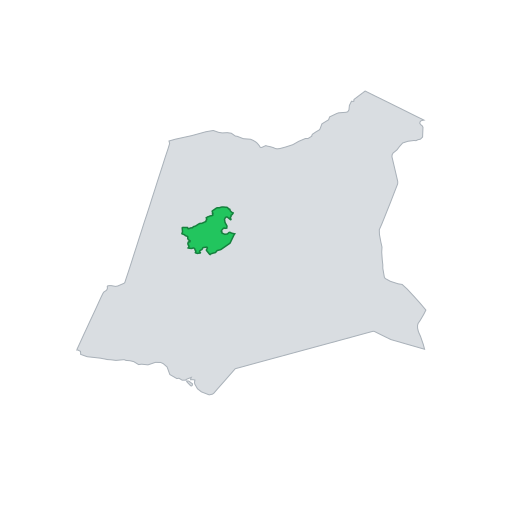 where Central sits in Kenya, rotated 75°
{"feature_id": "KEN-1195", "entity_name": "Central", "entity_type": "Province", "adm_level": 1, "iso_a3": "KEN", "parent_name": "Kenya", "parent_adm1": "", "projection": "natural_earth1", "projection_center": [36.807, -0.59], "detail": "fine", "context": "in_parent", "style": "filled", "palette": "green", "viewbox_px": 512, "rotation_deg": 75, "n_neighbors": 0, "source": "natural_earth", "source_scale": "10m", "svg_char_len": 6613}
<svg xmlns="http://www.w3.org/2000/svg" viewBox="0 0 512 512"><g transform="rotate(75 256 256)"><path d="M122.4,310.3L122.3,303.7L123.1,286.9L123.0,272.2L123.7,264.8L126.9,260.1L128.4,256.7L129.4,251.9L131.0,248.1L134.8,244.9L135.5,243.2L139.4,237.9L141.8,231.1L143.6,228.8L145.8,226.7L147.4,225.6L150.0,224.4L152.0,223.8L152.4,223.3L152.6,222.2L151.9,218.0L152.8,216.6L154.2,213.8L155.8,211.2L157.2,209.5L158.0,207.8L158.4,204.9L158.4,202.8L158.4,199.3L158.0,191.6L156.3,185.1L155.3,177.8L156.0,175.4L154.7,171.1L154.0,170.9L153.0,170.0L151.6,165.9L150.6,162.3L149.9,161.3L145.4,158.1L143.2,150.6L140.7,148.9L139.3,141.4L139.1,139.2L140.5,131.7L140.4,130.0L138.9,128.4L134.7,126.8L131.2,123.7L131.7,122.6L131.9,121.5L130.1,120.8L124.9,107.9L131.7,100.2L138.5,92.4L147.2,82.5L155.2,73.4L162.1,65.6L168.2,58.6L168.1,59.9L168.1,61.7L168.9,62.8L170.1,63.5L171.9,62.8L173.4,61.7L174.9,61.4L184.2,64.3L185.7,66.9L185.6,69.6L186.0,71.6L185.3,73.6L184.5,79.6L184.8,85.1L187.5,89.2L190.0,92.4L192.0,96.9L193.4,98.3L195.4,99.0L201.8,99.2L211.2,99.5L220.3,99.8L221.1,99.9L223.0,100.5L231.3,106.6L239.0,112.2L245.4,117.0L251.7,121.7L257.8,126.3L262.5,130.1L267.2,131.2L274.8,131.8L280.0,132.0L284.9,133.6L292.1,135.0L297.4,135.8L300.7,136.7L309.7,137.5L311.2,137.0L315.2,132.8L319.6,126.0L321.3,122.2L327.1,118.5L337.2,113.2L344.3,109.6L352.2,105.9L355.8,109.1L360.8,114.2L363.0,116.8L364.8,117.9L367.5,118.6L370.8,118.7L372.6,118.5L376.2,117.9L384.8,117.3L389.7,117.3L385.6,124.1L380.7,132.3L371.6,147.4L364.7,155.3L359.4,161.3L359.0,162.4L359.0,169.1L359.1,185.4L359.2,218.1L359.3,250.8L359.4,283.4L359.5,299.8L359.5,305.2L364.1,312.1L368.6,318.8L374.5,327.7L377.7,332.4L378.2,334.0L378.0,337.2L373.1,343.9L369.1,346.9L363.8,348.3L362.1,348.1L360.0,347.1L359.2,348.7L358.6,351.2L357.4,350.7L356.5,349.9L357.0,354.4L357.6,356.5L356.8,359.5L354.1,362.1L353.9,364.2L348.2,369.9L340.2,370.6L336.0,373.4L334.1,375.7L332.7,380.8L333.2,388.5L330.9,394.5L330.5,397.5L326.4,401.4L324.5,404.9L323.2,408.6L322.0,410.2L320.6,418.3L318.6,423.2L318.1,424.8L317.6,426.3L316.1,429.2L315.2,431.2L314.5,432.5L309.6,445.1L305.7,450.8L302.7,450.2L300.7,452.4L300.5,453.4L299.5,452.8L297.0,450.7L291.8,446.4L286.7,442.2L281.6,437.9L276.4,433.6L271.3,429.3L266.2,425.0L261.0,420.7L255.9,416.5L252.9,413.9L251.5,412.5L250.5,409.5L250.0,408.8L248.6,407.8L247.0,407.6L246.5,407.1L246.6,405.6L247.1,403.6L249.0,399.6L249.2,397.3L248.8,394.7L248.2,390.5L247.7,389.6L244.3,387.4L237.2,382.7L230.1,378.1L222.9,373.5L215.8,368.9L208.6,364.3L201.5,359.7L194.3,355.1L187.2,350.4L180.1,345.8L172.9,341.2L165.8,336.6L158.6,332.0L151.5,327.4L144.4,322.8L137.2,318.2L130.1,313.5L127.4,311.8L125.0,310.3L122.4,310.3ZM360.0,355.2L358.7,355.5L359.4,353.3L363.1,350.4L364.5,351.1L364.8,351.7L364.8,352.3L364.1,352.9L360.0,355.2Z" fill="#d9dde1" stroke="#a8b0b8" stroke-width="1"/><path d="M229.1,270.8L229.8,271.7L236.8,277.7L237.0,278.1L240.6,288.1L240.7,288.7L240.7,291.7L240.7,292.0L240.8,292.3L241.9,293.8L242.2,294.4L242.2,295.4L242.1,295.7L242.2,298.5L242.3,298.9L242.4,299.6L242.5,299.7L242.6,299.9L242.7,300.0L242.3,300.4L237.8,302.4L237.6,302.4L237.4,302.4L237.2,302.3L236.6,301.7L236.1,301.2L235.8,301.0L235.7,300.9L235.4,300.9L235.1,300.9L234.8,301.1L234.7,301.2L234.6,301.4L234.6,301.7L234.2,304.5L234.2,304.9L234.3,305.2L235.6,306.4L235.7,306.5L235.8,306.7L235.8,306.9L236.2,308.4L236.5,309.1L236.7,309.3L236.9,309.4L237.0,309.4L237.4,309.3L237.6,309.3L238.1,308.9L238.3,308.8L238.5,308.9L238.6,309.0L238.7,309.5L238.6,309.8L238.5,310.2L238.4,311.0L238.4,311.8L237.5,313.3L237.1,313.7L236.9,313.7L235.9,312.9L235.7,312.8L235.2,312.9L235.0,313.0L234.7,313.2L234.5,313.3L234.2,313.3L233.8,313.3L233.6,313.3L233.4,313.3L233.2,313.3L232.4,313.8L232.2,314.1L232.1,314.3L232.0,314.6L232.0,315.1L232.1,315.7L232.1,316.0L231.7,317.3L231.0,318.9L230.6,319.5L230.1,318.8L229.7,318.5L229.3,318.2L228.3,318.4L227.9,318.6L227.7,318.6L227.4,318.7L226.9,318.6L226.4,318.6L226.2,318.5L225.6,318.2L225.0,317.8L224.9,317.6L224.9,317.2L225.2,316.4L225.2,316.2L224.7,315.9L224.4,315.7L224.2,315.7L223.2,316.8L223.0,317.0L222.8,317.1L222.3,317.2L222.0,317.2L221.7,317.4L221.3,317.4L219.9,316.9L219.5,317.0L219.2,317.3L218.1,318.9L217.9,319.1L217.5,319.3L217.2,319.4L217.0,319.5L216.8,319.8L216.2,320.7L215.3,321.8L215.0,321.7L214.5,321.3L214.0,320.9L213.8,320.8L213.6,320.7L209.7,320.0L209.5,319.8L209.5,319.2L210.7,314.9L210.8,314.7L211.0,314.7L211.6,314.7L211.8,314.7L212.0,314.6L212.1,314.4L212.2,314.2L212.2,313.8L212.2,313.5L212.0,312.3L212.0,312.1L212.0,311.4L212.3,310.4L212.3,310.2L211.8,309.5L211.7,309.3L211.5,308.5L211.4,308.3L211.4,308.0L211.5,307.3L211.5,307.1L211.5,306.9L210.3,303.2L210.0,301.6L210.1,301.3L210.4,300.3L210.4,299.9L210.4,299.6L210.0,297.4L209.9,296.7L209.7,295.5L209.6,295.4L209.4,295.3L209.3,295.2L208.9,295.1L208.6,295.0L208.5,294.9L208.3,294.7L208.2,294.4L208.1,294.2L207.8,294.0L207.4,294.0L207.0,294.1L206.3,294.2L206.2,294.2L206.0,293.4L205.8,293.0L205.7,292.6L205.7,291.6L205.4,289.7L205.5,289.1L205.6,288.8L205.6,288.2L205.5,287.4L205.4,287.2L205.2,287.0L204.1,287.2L203.9,287.2L203.7,287.0L203.6,286.8L203.6,286.6L203.4,286.6L203.2,286.6L202.3,286.8L201.9,286.8L201.7,286.8L201.4,286.7L201.2,286.6L199.6,282.3L199.5,281.9L199.4,281.5L199.4,281.0L199.4,280.7L199.8,279.4L199.9,278.9L199.8,277.0L199.9,276.0L200.0,275.6L200.1,275.3L200.3,274.5L200.7,273.6L200.8,273.4L201.3,271.9L201.4,271.5L201.9,271.0L202.2,270.8L203.6,270.1L203.8,269.9L203.9,269.5L203.9,269.3L204.1,269.2L204.5,269.2L205.3,269.2L205.8,269.1L206.1,269.0L207.9,267.8L208.0,267.7L208.2,267.1L208.3,267.0L208.5,266.9L208.7,267.1L208.9,267.2L209.7,268.2L209.8,268.3L209.9,268.5L210.0,269.1L210.1,269.4L210.4,269.6L211.1,269.8L211.4,269.9L211.6,270.1L212.4,271.1L212.6,271.2L212.8,271.2L213.1,271.0L213.3,270.9L213.8,270.6L214.0,270.6L214.3,270.8L214.4,271.1L214.2,271.3L211.3,273.4L211.0,273.6L210.9,273.8L210.8,274.0L210.7,274.2L210.7,274.4L210.7,274.7L210.8,275.1L210.8,275.3L210.9,275.5L211.9,276.5L212.4,276.9L212.9,277.0L214.5,277.1L215.1,277.3L216.6,277.0L219.0,276.4L219.4,276.3L219.7,276.3L221.3,277.0L221.5,277.1L221.4,277.4L221.4,277.8L221.3,278.6L221.2,278.9L221.1,279.1L220.9,279.3L220.7,279.5L220.8,280.3L220.9,280.5L222.2,282.4L222.6,282.8L223.0,283.1L223.3,283.2L223.5,283.1L223.7,282.9L223.9,282.7L224.0,282.6L224.6,282.9L224.7,283.0L224.9,283.0L225.1,282.9L225.4,282.6L225.8,282.0L225.9,281.8L226.2,281.4L226.8,280.8L226.9,280.6L227.0,280.5L227.0,280.1L227.1,279.6L227.3,278.1L227.2,277.7L226.4,276.2L226.3,275.9L226.3,275.4L226.4,275.1L226.6,274.7L227.5,273.8L227.9,273.1L229.1,270.8Z" fill="#22c55e" stroke="#15803d" stroke-width="1.5"/></g></svg>